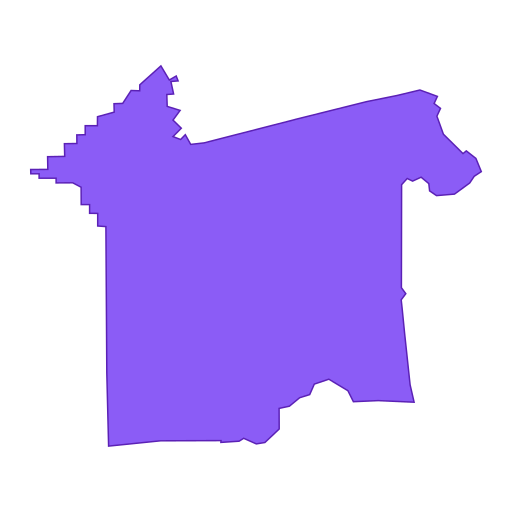 Rapides, Louisiana, United States of America
{"feature_id": "52423323B78580900034992", "entity_name": "Rapides", "entity_type": "district", "adm_level": 2, "iso_a3": "USA", "parent_name": "United States of America", "parent_adm1": "Louisiana", "projection": "natural_earth1", "projection_center": [-92.555, 31.204], "detail": "fine", "context": "isolated", "style": "filled", "palette": "violet", "viewbox_px": 512, "rotation_deg": 0, "n_neighbors": 0, "source": "geoboundaries", "source_scale": "gbopen_adm2", "svg_char_len": 1259}
<svg xmlns="http://www.w3.org/2000/svg" viewBox="0 0 512 512"><path d="M160.9,65.9L139.8,84.8L139.7,90.8L131.1,90.5L122.7,103.4L114.0,103.7L114.2,112.1L97.5,116.7L97.4,125.7L85.2,125.7L85.2,134.7L76.8,134.9L76.9,143.5L64.4,143.7L64.7,156.4L47.6,156.7L47.8,169.4L30.7,169.5L30.8,173.8L39.1,173.8L39.1,178.2L56.1,178.2L56.1,182.9L72.7,182.8L81.1,187.2L81.2,204.6L89.6,204.6L89.6,213.3L97.7,213.4L97.7,226.0L105.9,226.6L106.8,372.7L108.6,446.1L160.6,440.8L221.0,440.6L220.9,442.4L239.1,441.2L243.7,438.3L256.3,443.9L264.9,442.5L279.2,429.0L279.1,408.4L289.4,406.2L299.7,397.7L309.7,394.6L314.3,384.1L328.8,379.2L347.9,390.7L353.4,401.7L378.2,400.6L414.1,402.2L410.1,384.8L404.7,334.2L402.2,309.0L401.2,299.8L405.8,293.7L401.4,287.7L401.6,184.7L407.2,178.5L412.6,181.1L421.1,177.2L428.8,183.6L429.6,190.9L436.5,195.6L454.5,194.1L469.7,183.0L474.2,176.3L481.3,171.6L475.9,158.4L466.3,150.9L463.0,153.6L443.4,134.2L436.9,116.2L440.5,108.4L434.1,103.5L437.4,96.4L419.9,90.0L397.0,95.5L366.7,101.6L295.4,119.4L294.0,119.8L204.0,142.9L190.7,144.4L185.3,134.7L180.6,139.5L173.0,136.6L181.3,128.2L173.0,120.1L180.1,110.4L167.2,106.4L166.8,94.5L173.6,94.0L170.9,81.5L178.1,80.9L176.2,76.0L169.3,80.0L160.9,65.9Z" fill="#8b5cf6" stroke="#5b21b6" stroke-width="1.5"/></svg>